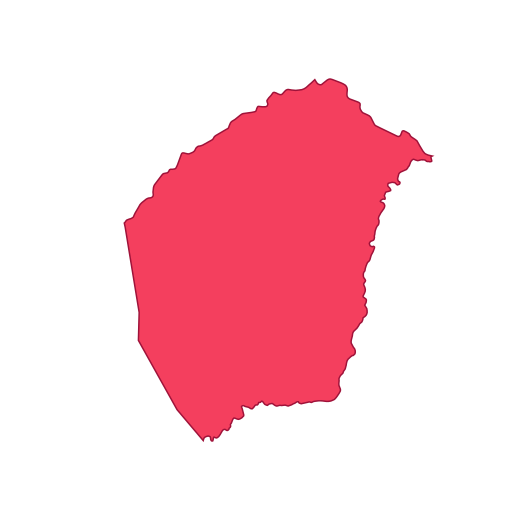 Unión Cantinil, Huehuetenango, Guatemala (Albers equal-area conic projection), rotated 109°
{"feature_id": "79465075B38315595445593", "entity_name": "Unión Cantinil", "entity_type": "district", "adm_level": 2, "iso_a3": "GTM", "parent_name": "Guatemala", "parent_adm1": "Huehuetenango", "projection": "albers", "projection_center": [-91.745, 15.587], "detail": "fine", "context": "isolated", "style": "filled", "palette": "rose", "viewbox_px": 512, "rotation_deg": 109, "n_neighbors": 0, "source": "geoboundaries", "source_scale": "gbopen_adm2", "svg_char_len": 6083}
<svg xmlns="http://www.w3.org/2000/svg" viewBox="0 0 512 512"><g transform="rotate(109 256 256)"><path d="M447.7,245.8L445.9,245.9L444.8,245.8L443.9,245.3L442.9,244.3L441.8,242.7L441.7,241.6L441.8,240.5L442.7,239.8L444.1,239.2L445.1,238.3L445.3,237.4L444.9,236.7L443.9,236.7L442.0,237.0L441.2,237.0L440.9,236.7L441.0,235.6L441.0,234.4L440.6,233.7L439.7,233.0L438.9,232.5L438.3,232.3L436.6,231.8L432.0,230.9L431.2,230.5L430.3,229.7L430.0,228.7L430.4,227.3L430.4,226.5L429.9,225.8L428.8,225.2L427.6,225.3L426.6,224.7L425.6,224.5L424.8,224.7L424.0,225.3L423.3,225.3L422.0,224.9L418.7,224.8L417.7,224.7L416.4,224.1L416.2,223.3L416.3,220.7L416.1,219.3L415.3,218.2L413.6,216.7L411.2,215.6L410.3,215.8L404.9,219.3L403.4,220.6L402.7,220.6L402.0,220.0L401.6,219.3L401.5,218.6L401.8,217.5L401.5,214.3L401.6,212.9L402.0,211.7L402.0,210.7L401.6,209.7L399.3,208.7L398.1,208.4L397.3,208.1L396.7,207.2L396.5,206.4L395.8,205.9L395.1,205.8L393.7,205.8L393.3,204.8L392.8,204.1L391.5,203.5L391.4,203.0L391.4,202.4L393.1,199.9L393.4,199.3L393.6,197.7L393.5,196.6L391.6,195.3L390.7,193.7L390.2,192.8L390.2,192.4L391.0,189.8L391.2,188.6L391.1,187.4L389.6,185.2L389.3,184.5L389.1,183.3L387.5,179.9L387.4,176.8L385.1,173.9L383.6,172.6L382.5,171.3L381.0,170.2L380.3,169.4L380.0,168.5L380.8,167.7L381.0,166.8L381.0,165.2L377.5,159.5L376.8,158.5L376.5,157.6L376.5,156.1L375.9,155.3L374.9,154.3L374.3,153.3L373.6,151.9L372.5,149.6L371.5,146.6L370.5,141.9L369.8,140.0L368.7,138.0L367.2,136.3L366.0,135.1L363.7,134.1L361.4,133.4L358.2,132.6L356.0,132.3L354.5,132.8L351.3,135.5L349.5,136.2L347.4,136.7L346.4,137.0L345.2,137.6L344.1,137.6L342.4,137.4L341.3,137.1L338.6,135.7L336.4,135.7L335.2,135.3L333.7,134.9L329.8,135.2L328.3,135.5L326.3,135.7L325.1,135.7L323.5,135.3L320.3,133.6L318.8,132.5L318.3,131.6L316.3,130.6L314.6,130.8L313.0,131.5L311.7,132.5L310.4,134.4L307.4,137.6L305.7,138.3L303.9,138.6L300.2,138.9L298.3,139.3L296.7,139.4L295.2,139.0L291.3,137.0L288.2,136.2L286.2,135.9L284.0,134.5L282.4,134.3L280.7,134.4L279.8,134.7L278.8,134.1L277.7,133.3L276.2,132.6L274.9,132.4L273.3,132.5L271.4,133.2L269.7,134.1L267.1,137.2L264.1,136.8L262.3,137.1L261.5,137.4L260.9,138.0L259.8,141.4L258.9,141.7L255.6,141.3L253.6,141.3L251.9,141.8L250.2,142.9L248.4,144.6L247.4,145.1L246.0,144.9L245.2,144.6L244.5,144.4L243.5,144.5L243.0,144.9L242.3,145.7L241.4,147.0L240.4,147.8L238.3,148.6L237.0,148.8L236.0,148.7L234.6,148.2L232.1,148.6L229.6,148.7L227.2,148.6L225.8,148.4L223.9,147.4L222.5,147.1L218.8,147.3L217.4,147.3L213.8,146.7L210.0,146.6L209.1,146.8L208.8,147.0L208.6,147.7L208.6,148.2L209.3,149.0L209.4,150.3L209.1,151.5L208.1,152.4L207.1,153.0L206.0,152.8L204.9,152.4L203.0,150.3L202.1,149.8L200.8,149.9L199.7,150.1L198.7,150.6L196.7,150.8L194.0,151.4L192.6,151.5L190.5,151.5L188.3,151.2L187.1,150.6L186.0,150.4L184.4,150.6L183.4,150.9L182.2,151.4L181.3,152.2L180.5,152.5L178.8,152.7L174.6,152.0L169.5,150.5L168.0,150.4L166.6,150.6L165.7,151.2L164.8,152.1L164.3,153.3L164.2,155.7L163.8,156.3L163.0,156.2L161.9,155.5L160.7,154.3L160.6,153.2L160.3,152.6L159.2,152.7L157.2,154.3L154.1,154.2L153.2,153.9L152.5,152.9L151.7,151.6L150.9,150.6L150.3,150.0L149.4,150.3L148.2,151.7L147.6,152.9L147.1,153.9L146.3,154.4L145.2,154.7L144.2,154.6L142.0,151.3L141.5,148.8L141.8,147.7L142.2,147.0L142.7,145.9L142.7,145.3L141.5,143.9L140.8,143.6L139.9,143.7L139.4,143.9L139.0,144.9L139.1,145.5L138.2,146.4L137.1,147.2L136.0,147.4L131.9,147.7L130.8,147.4L129.5,146.5L125.2,141.9L123.2,141.2L122.2,141.1L120.8,140.5L116.7,140.4L115.8,140.2L114.3,139.6L113.3,138.8L113.2,137.9L113.3,136.0L113.2,134.2L112.6,133.1L112.0,132.3L110.8,130.2L110.9,129.6L110.4,128.7L110.3,127.4L110.5,126.6L110.9,125.8L110.9,124.7L110.5,123.7L110.3,122.2L109.7,121.1L109.1,120.7L108.6,120.9L106.3,122.4L105.5,122.8L104.8,122.6L104.1,121.9L104.5,125.7L104.5,126.6L104.3,128.8L104.0,129.9L102.6,132.2L98.4,137.2L94.7,141.3L94.0,143.4L92.8,147.9L92.3,148.9L91.0,150.4L90.6,150.9L90.2,152.3L89.7,154.8L89.5,157.0L89.7,157.6L90.0,158.0L90.5,158.4L94.6,158.6L95.2,158.8L95.9,159.2L96.5,159.9L96.8,161.2L94.5,180.4L93.8,185.6L93.3,186.5L92.5,187.5L88.0,192.1L87.3,193.0L86.6,194.5L86.3,196.4L85.8,201.6L85.0,203.2L83.3,205.1L82.6,205.6L81.2,206.3L79.3,206.7L78.0,207.3L77.7,207.8L77.3,208.9L77.2,210.5L77.0,218.8L76.4,220.5L75.8,221.3L75.0,222.0L73.7,222.6L72.0,223.1L69.9,223.6L68.6,224.0L67.0,225.0L66.2,225.9L65.5,226.9L64.9,229.4L64.6,232.1L64.3,241.2L64.4,242.9L64.6,243.8L65.3,244.9L66.5,246.0L67.9,246.9L72.5,249.8L72.9,250.3L73.2,251.1L73.3,252.3L73.1,253.6L72.7,254.5L71.7,255.9L70.1,257.8L74.1,259.9L77.0,261.6L78.9,262.6L80.6,263.6L82.3,265.0L83.8,266.8L85.2,269.6L86.5,272.4L87.5,276.5L88.0,279.6L88.4,280.5L89.0,281.2L89.8,281.9L91.3,282.6L94.2,283.8L94.8,284.3L95.3,284.9L95.6,286.0L95.6,287.6L95.3,290.1L95.3,291.5L95.4,292.2L95.8,292.8L96.2,293.1L99.4,294.1L102.3,295.4L103.3,295.7L105.0,296.2L105.7,296.2L106.6,295.7L107.7,294.8L108.4,294.3L109.0,294.2L109.7,294.2L110.7,294.4L111.4,295.0L111.9,295.9L112.8,298.4L113.7,302.3L114.0,302.8L114.7,303.1L116.2,303.3L118.5,303.2L119.2,303.4L120.0,304.1L121.7,307.0L125.4,314.3L126.2,315.4L127.8,316.6L133.7,320.3L136.5,322.6L137.6,323.2L138.7,323.5L141.3,323.7L143.0,323.7L144.0,323.8L144.5,324.0L145.8,325.2L155.0,333.1L156.0,333.8L157.0,334.3L158.3,334.5L159.6,334.8L160.7,335.5L168.6,342.6L169.5,343.7L170.2,344.7L170.7,345.8L171.4,346.7L172.5,347.4L173.6,347.9L175.9,348.2L177.0,348.5L178.6,349.6L181.1,352.4L181.6,353.5L181.9,355.9L182.0,357.3L182.3,358.7L182.6,359.1L183.1,359.5L184.1,359.7L195.4,359.9L198.8,360.3L199.6,360.7L200.2,361.3L201.2,363.2L201.8,365.0L202.6,365.8L204.9,366.2L205.6,366.5L206.2,366.9L208.1,370.1L208.7,370.7L210.0,371.3L221.6,375.1L223.1,375.3L224.7,375.2L229.1,374.2L231.7,373.0L232.3,372.9L233.5,373.0L234.5,373.6L235.2,374.4L236.3,376.6L237.1,377.5L238.1,378.4L242.4,381.1L243.5,381.7L245.2,382.4L248.0,382.9L254.4,384.2L256.9,384.5L258.8,384.6L259.6,384.9L260.8,385.9L261.5,386.6L262.3,387.8L263.9,389.7L264.6,390.2L267.1,390.9L267.7,391.3L271.3,389.1L347.4,348.1L374.1,339.7L427.0,280.6L447.7,245.8Z" fill="#f43f5e" stroke="#9f1239" stroke-width="1.5"/></g></svg>